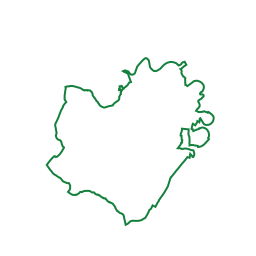 the district of Farcasa, Maramures, Romania, rotated 302°
{"feature_id": "2599482B60199590435941", "entity_name": "Farcasa", "entity_type": "district", "adm_level": 2, "iso_a3": "ROU", "parent_name": "Romania", "parent_adm1": "Maramures", "projection": "natural_earth1", "projection_center": [23.328, 47.604], "detail": "fine", "context": "isolated", "style": "outline", "palette": "green", "viewbox_px": 256, "rotation_deg": 302, "n_neighbors": 0, "source": "geoboundaries", "source_scale": "gbopen_adm2", "svg_char_len": 5852}
<svg xmlns="http://www.w3.org/2000/svg" viewBox="0 0 256 256"><g transform="rotate(302 128 128)"><path d="M137.7,198.4L138.2,198.7L139.2,198.6L139.9,198.5L140.9,198.1L141.9,197.4L142.4,196.9L143.7,195.2L142.7,193.3L142.6,192.5L142.3,190.8L141.3,188.0L140.8,187.2L138.8,184.9L138.4,183.0L137.3,181.0L141.6,181.4L142.7,181.3L143.5,180.9L144.3,181.6L146.3,180.5L146.1,180.2L148.7,178.2L149.8,177.5L149.5,176.6L151.5,175.7L153.0,175.5L154.7,174.9L156.0,174.1L158.1,178.4L159.0,180.1L157.2,181.2L155.0,182.4L154.2,183.1L153.4,184.1L153.3,184.4L152.5,185.1L149.3,187.3L147.4,188.3L146.6,189.1L145.9,189.4L147.0,190.5L148.0,192.0L148.3,193.3L149.5,195.8L149.8,196.9L149.0,197.5L149.6,198.3L150.8,199.4L151.8,200.2L154.5,201.3L161.4,202.6L162.0,201.2L162.9,201.3L164.4,200.8L164.7,200.6L165.4,200.2L165.7,199.8L167.2,198.5L168.2,196.6L168.6,195.2L168.7,194.2L168.4,192.2L167.9,190.9L167.5,190.4L165.5,188.6L165.2,188.9L163.1,187.2L160.0,185.0L161.2,183.6L160.8,183.0L160.9,182.3L165.2,180.9L166.0,180.8L165.9,183.6L169.8,183.6L170.6,183.2L170.8,184.6L170.7,185.4L171.8,185.1L173.8,183.9L174.6,183.9L174.4,184.0L174.6,184.1L174.4,184.6L173.0,187.5L172.1,189.0L171.6,190.5L171.6,191.6L172.1,192.8L173.5,194.8L175.2,195.9L177.1,196.4L178.4,196.5L180.4,196.1L182.3,195.1L183.2,194.1L183.4,193.6L183.9,191.6L184.0,190.3L184.2,189.2L184.2,188.0L184.1,187.5L183.2,187.6L183.1,186.2L182.8,185.4L182.6,183.8L181.9,183.4L181.8,182.9L180.6,182.0L179.9,180.7L179.2,179.9L178.8,178.5L178.8,177.7L178.9,177.4L178.7,176.6L180.6,176.7L182.6,177.2L184.3,177.2L184.8,177.1L185.7,176.4L186.6,175.3L187.9,173.3L189.0,173.3L190.9,174.2L192.1,174.9L193.0,174.7L194.2,175.3L195.0,175.3L195.9,174.7L196.0,174.3L195.9,173.2L194.8,171.6L194.9,171.2L195.4,170.8L197.0,170.8L197.8,171.4L198.8,171.7L200.0,171.6L201.5,171.3L202.8,170.7L203.2,170.5L204.1,169.7L204.5,169.0L205.3,167.0L205.4,165.9L205.4,164.2L205.3,163.6L204.8,161.8L204.5,161.2L202.9,159.2L199.5,158.0L195.0,156.1L195.1,155.6L195.0,153.8L195.5,153.8L196.6,152.5L197.3,152.2L199.8,150.5L200.7,150.2L201.1,148.2L200.9,147.7L201.9,145.7L202.6,144.6L202.9,144.2L205.0,143.2L205.6,142.1L205.8,141.3L206.3,141.7L209.9,142.8L212.5,144.0L214.2,140.9L213.3,140.3L213.3,140.2L213.1,140.0L212.7,139.6L211.5,139.2L210.3,139.3L207.9,138.0L208.5,134.5L208.0,132.1L207.3,130.2L206.3,128.7L204.0,126.6L201.1,125.2L198.7,124.6L195.1,123.9L192.2,122.4L190.9,121.3L190.1,119.8L190.2,118.0L190.7,115.8L191.4,114.3L195.3,110.8L196.6,109.3L197.0,106.9L196.5,105.8L194.5,104.9L187.7,103.6L184.8,103.3L178.2,104.8L176.6,104.4L175.4,103.3L174.9,102.1L175.3,100.2L176.1,98.3L175.7,97.6L175.7,96.6L175.3,96.4L175.5,96.3L175.3,95.7L175.3,95.0L174.8,94.9L173.9,93.9L173.6,93.7L173.6,95.0L174.1,98.6L174.0,99.2L168.5,106.2L167.4,105.0L167.0,104.9L163.8,104.9L163.0,104.5L161.0,104.0L160.5,103.5L159.9,103.3L159.3,103.6L158.8,103.4L158.7,103.1L158.7,102.7L160.0,101.0L160.4,100.3L160.2,99.9L159.6,99.9L159.2,99.6L159.0,99.2L158.5,99.3L158.5,99.1L157.2,100.1L156.7,99.7L156.5,99.8L156.4,100.1L156.5,100.1L156.4,100.5L155.9,100.0L155.7,100.1L156.1,100.5L155.8,100.7L156.3,101.1L156.1,101.4L156.0,101.6L156.2,102.6L156.7,102.6L156.7,102.9L155.8,102.8L155.4,103.0L154.5,102.8L154.0,103.1L153.7,103.6L153.1,104.0L152.6,103.8L151.3,104.0L149.7,104.0L148.4,105.0L147.4,105.3L146.1,105.1L144.3,104.4L142.1,103.4L139.8,103.0L139.1,103.1L135.6,99.5L133.0,97.4L132.5,96.6L132.1,94.3L132.2,92.7L132.6,91.2L132.8,91.2L133.0,90.9L133.1,90.4L133.4,89.8L133.4,89.4L133.8,89.0L134.2,87.8L134.1,87.1L135.1,85.5L135.2,85.0L135.8,84.1L135.8,83.4L136.4,82.2L136.6,81.4L137.1,80.6L137.8,80.2L138.9,78.9L139.4,77.8L139.3,77.0L139.7,76.3L139.7,75.8L138.8,74.0L138.3,73.7L138.4,73.0L137.8,72.5L137.3,71.4L137.0,71.3L137.0,71.0L136.6,70.6L136.5,69.8L136.6,69.1L136.6,66.9L136.4,65.6L135.9,64.3L135.7,63.2L135.3,62.0L135.3,61.8L134.2,58.7L133.1,56.8L132.0,55.9L130.9,54.2L130.3,53.7L129.8,53.4L129.8,53.5L128.8,54.1L125.8,55.3L124.8,55.8L121.9,57.1L119.1,58.8L118.6,59.2L118.2,59.9L117.7,61.2L117.3,61.9L114.7,61.4L112.1,61.3L111.8,61.4L111.7,61.6L111.3,61.7L106.9,62.0L99.0,63.6L93.1,64.2L92.2,64.5L90.9,65.5L89.6,66.8L87.9,68.2L86.6,69.6L85.6,70.2L83.5,70.8L82.0,72.2L81.7,72.7L81.2,74.3L81.2,74.8L81.6,77.1L81.5,77.7L80.7,79.0L79.3,80.4L78.1,82.0L77.7,82.8L77.7,83.8L77.6,84.0L77.4,84.1L72.9,84.3L69.1,84.0L67.7,83.5L66.4,83.2L66.0,83.0L65.1,82.1L65.1,81.5L65.3,80.8L65.1,80.5L64.7,80.3L61.4,79.5L57.0,78.9L53.6,78.7L51.5,83.7L50.5,86.7L49.7,88.4L49.8,89.3L49.5,90.2L49.7,91.4L49.5,94.6L49.5,95.7L49.7,96.3L49.7,97.1L49.4,98.3L48.7,99.8L48.3,101.5L48.5,102.7L48.8,104.0L48.9,105.5L49.8,106.7L49.9,107.1L49.4,108.2L48.8,108.8L48.4,109.5L46.2,110.9L44.5,111.3L42.0,111.0L41.8,113.1L41.8,114.2L42.0,116.7L42.6,117.5L42.8,118.1L43.7,118.9L43.8,119.2L43.7,119.5L46.6,121.0L48.0,121.2L48.5,121.4L48.8,121.9L48.8,122.2L49.4,122.7L49.6,123.2L51.0,123.9L51.5,124.3L52.2,125.5L53.4,127.1L54.2,128.7L54.4,129.6L54.3,130.7L54.3,131.6L54.5,132.1L55.1,132.8L55.4,133.4L55.3,133.9L54.8,134.7L54.8,136.4L55.2,136.8L55.1,137.1L55.2,137.7L55.6,138.0L55.4,138.6L55.8,139.2L55.9,139.6L55.7,140.0L55.5,141.0L55.5,143.2L55.4,143.8L55.7,144.1L55.5,144.7L56.4,146.1L55.9,146.5L55.9,147.6L55.2,149.3L55.0,151.4L55.1,151.7L55.5,151.8L55.3,152.5L55.7,153.8L55.7,155.4L54.2,159.0L53.7,159.4L51.9,162.7L52.0,163.1L51.8,165.3L51.6,166.1L52.0,167.4L52.1,169.0L52.0,169.8L50.8,171.5L50.2,171.9L44.7,177.3L46.1,178.2L47.2,178.7L49.3,179.2L50.4,179.6L51.7,180.9L53.5,184.1L55.0,186.3L57.2,188.4L59.2,189.2L60.2,190.0L60.9,190.2L62.2,190.3L66.5,190.1L69.6,189.6L71.8,190.3L75.4,189.9L75.7,193.0L81.0,192.6L82.0,192.8L83.5,192.5L91.9,193.0L99.3,192.8L105.8,191.1L108.7,190.4L108.9,190.6L111.2,190.9L118.5,191.7L120.0,192.0L120.6,192.0L121.0,192.1L122.4,192.3L124.9,192.5L130.5,193.4L134.8,193.8L135.4,196.0L139.0,194.5L138.3,197.1L137.6,198.1L137.7,198.4Z" fill="none" stroke="#15803d" stroke-width="2"/></g></svg>